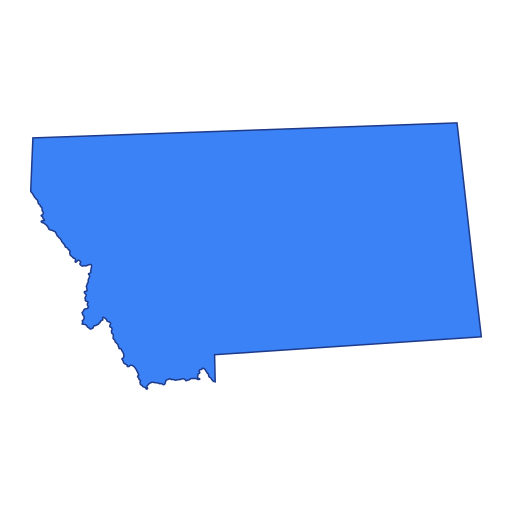 Montana, Albers equal-area conic projection
{"feature_id": "USA-3515", "entity_name": "Montana", "entity_type": "State", "adm_level": 1, "iso_a3": "USA", "parent_name": "United States of America", "parent_adm1": "", "projection": "albers", "projection_center": [-112.826, 46.685], "detail": "fine", "context": "isolated", "style": "filled", "palette": "blue", "viewbox_px": 512, "rotation_deg": 0, "n_neighbors": 0, "source": "natural_earth", "source_scale": "10m", "svg_char_len": 5844}
<svg xmlns="http://www.w3.org/2000/svg" viewBox="0 0 512 512"><path d="M32.9,137.9L457.0,122.9L458.2,133.1L474.2,276.2L480.9,333.1L481.3,336.8L214.6,354.7L215.2,381.8L213.5,381.4L212.9,380.9L211.7,379.5L211.1,378.4L210.5,377.8L210.1,377.5L209.5,377.2L209.0,376.7L208.7,376.0L208.6,374.6L208.5,374.2L208.3,374.0L207.6,373.6L207.4,373.4L207.1,372.7L205.5,370.3L205.1,369.4L204.7,369.1L203.3,368.3L202.8,368.2L202.5,368.2L202.3,368.4L201.9,369.1L201.7,369.4L200.1,369.7L199.6,370.0L199.2,370.4L199.1,371.0L199.7,372.1L199.7,372.4L199.7,373.0L199.3,373.4L198.3,373.8L198.1,374.0L198.0,374.3L198.0,374.8L197.7,375.7L197.6,376.3L197.6,376.9L197.8,377.5L197.9,377.8L198.2,378.2L199.3,378.6L199.5,378.7L199.7,378.9L199.7,379.2L199.4,379.4L198.4,379.5L198.0,379.5L196.1,378.6L195.7,378.5L191.5,378.5L190.9,378.6L189.0,379.9L187.5,380.2L186.4,380.7L186.1,380.7L185.8,380.6L185.6,380.4L185.0,379.5L184.7,379.3L183.7,378.9L182.1,378.8L181.4,379.0L181.0,379.3L180.6,379.5L179.8,379.6L179.2,379.5L175.6,380.2L175.2,380.2L174.3,379.8L173.2,379.5L171.1,379.5L170.8,379.4L170.3,378.9L169.7,378.7L169.4,378.7L169.1,378.8L168.6,379.3L166.7,379.9L166.1,380.4L165.8,380.9L165.5,382.1L164.9,383.9L164.7,384.2L164.3,384.4L163.7,384.7L163.0,384.6L162.0,383.8L161.2,383.6L159.4,383.7L158.8,383.2L158.6,383.1L153.9,382.5L152.6,382.2L151.8,382.2L150.9,382.8L149.8,383.1L149.6,383.2L147.4,385.5L147.1,385.9L146.9,386.5L146.9,386.8L147.0,387.0L147.6,388.2L147.6,388.5L147.4,388.8L146.8,389.1L146.5,389.1L146.2,388.9L145.2,387.5L144.9,387.3L143.2,386.8L142.9,386.6L141.9,385.3L140.6,384.6L140.4,384.3L140.3,383.5L140.0,382.7L139.9,382.5L140.1,381.9L140.5,381.0L140.5,380.7L140.4,380.4L140.1,380.2L139.2,379.6L139.0,379.3L139.0,378.7L138.8,378.2L137.8,377.0L137.7,376.8L137.6,376.5L137.6,376.3L137.8,376.0L138.5,375.3L138.6,375.1L138.7,374.8L138.5,374.2L137.8,372.8L137.4,371.8L136.8,370.9L136.4,369.6L135.5,368.6L134.9,367.5L134.2,366.8L133.3,366.0L132.3,365.5L131.4,365.2L130.7,365.2L130.2,365.4L129.0,366.5L127.9,366.6L127.5,366.5L127.3,366.3L127.1,365.1L126.3,364.5L124.5,363.6L124.1,363.3L123.7,362.8L123.5,362.3L123.0,360.8L122.5,359.8L122.1,359.5L121.9,359.0L122.0,358.7L123.1,358.0L123.4,357.6L123.5,357.4L123.6,357.1L123.9,355.4L123.7,354.2L122.9,352.2L121.7,350.4L121.6,350.2L121.3,349.2L121.1,348.8L120.8,348.7L119.5,348.7L119.2,348.6L119.0,348.4L118.9,347.4L118.9,347.2L118.3,346.3L118.1,345.1L117.8,344.4L117.2,343.8L116.6,343.3L115.9,342.4L115.2,341.8L115.1,341.5L114.9,340.4L114.5,339.8L113.6,339.1L113.2,338.6L113.1,338.4L113.1,337.8L113.2,336.8L113.3,334.8L113.2,334.5L112.9,334.1L111.8,333.2L111.7,332.8L111.6,332.2L111.4,331.7L111.5,331.0L111.8,330.2L112.0,329.6L111.9,328.3L111.8,327.9L111.4,327.5L110.2,327.0L109.9,326.7L109.8,326.4L109.9,325.4L110.1,324.8L110.6,323.8L110.6,323.5L110.4,322.9L110.1,322.5L109.5,322.1L107.6,321.4L107.1,321.1L106.9,320.8L106.8,320.2L106.6,319.7L105.7,318.8L104.4,317.8L103.1,317.3L102.8,317.5L102.6,317.9L102.6,318.5L102.8,319.4L102.8,319.6L102.8,319.9L102.5,320.1L101.3,320.5L100.9,320.8L100.1,322.4L99.0,323.2L98.7,324.0L96.8,324.9L95.7,325.6L94.8,325.6L94.2,325.7L94.0,325.9L93.7,326.3L93.1,327.7L93.0,328.0L91.3,328.9L90.9,329.0L90.1,328.9L89.7,328.8L89.4,328.5L89.1,328.0L87.4,326.9L87.2,326.6L87.0,326.0L86.9,325.7L85.6,324.7L83.5,324.2L82.2,324.1L82.1,323.9L82.1,323.7L82.5,323.0L82.7,322.5L82.7,322.1L82.3,321.3L82.3,321.0L82.3,320.7L83.3,319.9L83.8,319.3L84.0,319.0L84.1,318.5L84.1,318.2L84.0,317.3L84.2,316.8L84.1,316.5L83.9,316.1L82.7,314.7L82.5,313.7L82.2,313.2L82.1,312.8L82.1,312.5L82.9,311.8L83.4,310.8L84.3,309.3L84.9,308.9L86.5,308.8L87.0,308.6L88.1,307.6L88.3,307.3L88.4,307.0L88.3,306.6L87.5,305.3L87.4,304.8L87.3,304.5L87.4,303.8L87.9,302.8L88.0,302.5L88.0,302.1L87.8,301.8L85.7,300.9L85.4,300.6L85.3,300.2L85.4,299.6L85.4,299.2L85.1,298.7L85.0,298.3L85.0,297.9L85.2,297.3L86.1,296.0L86.2,295.7L86.2,295.1L86.0,294.5L84.5,292.9L84.4,292.6L84.3,292.3L84.4,291.8L84.7,291.5L84.9,291.4L86.4,291.2L86.7,291.1L87.0,290.6L87.0,290.0L86.8,288.2L86.6,287.3L86.3,286.7L86.3,286.4L86.4,286.1L86.9,285.2L87.1,284.3L87.2,283.7L88.2,282.3L88.2,281.7L88.2,281.0L88.2,280.3L88.3,279.7L88.5,279.1L89.4,277.2L89.6,276.5L89.6,276.2L89.5,275.6L89.2,275.0L88.7,274.4L88.5,274.0L88.6,273.7L88.8,273.6L90.0,273.1L90.5,272.8L90.8,272.4L90.9,272.1L90.6,271.1L90.7,270.6L91.1,269.8L91.1,269.5L91.0,268.6L91.1,268.3L91.4,267.5L91.5,266.9L91.6,265.9L91.5,265.2L91.3,264.8L91.1,264.6L90.8,264.5L90.2,264.5L87.7,265.1L86.9,265.6L86.1,265.9L85.6,265.9L84.7,265.6L83.6,266.0L82.5,266.1L81.5,265.7L80.7,265.1L80.0,264.4L79.9,263.9L79.9,263.6L80.0,263.3L80.6,262.7L80.6,262.4L80.6,262.0L80.0,261.1L79.1,260.4L78.6,260.2L78.0,260.3L77.2,261.0L76.3,262.0L75.8,262.2L75.4,262.1L75.2,261.9L75.2,261.6L75.2,261.3L75.4,260.0L75.5,259.7L75.5,259.3L75.3,258.9L74.9,258.5L73.8,258.2L73.2,257.9L72.0,256.5L70.9,255.7L70.3,255.2L70.0,254.4L69.8,253.2L69.7,252.3L70.0,251.1L69.9,250.8L69.7,250.5L68.5,249.7L67.1,247.7L66.8,247.6L65.6,247.1L65.1,246.7L64.8,245.2L61.7,241.4L61.2,240.1L60.2,238.6L59.8,238.2L58.8,237.5L57.9,236.3L57.1,235.7L57.0,235.4L56.8,234.6L56.2,233.7L55.9,232.9L55.5,232.3L55.3,231.9L55.0,231.7L51.7,230.2L49.9,229.8L49.3,229.6L48.9,229.1L48.2,227.6L47.7,226.7L46.2,224.9L43.6,223.0L42.1,222.5L41.6,222.2L41.3,221.9L41.2,221.6L41.3,221.3L41.4,221.1L41.7,220.9L43.8,220.7L44.2,220.4L44.4,220.2L44.5,220.0L44.4,219.6L43.1,218.8L42.9,217.6L42.7,217.0L42.3,216.7L41.4,216.0L41.2,215.7L41.2,215.4L41.4,215.3L42.5,214.6L42.9,214.2L43.0,214.0L43.4,213.2L43.3,212.7L43.1,212.1L42.1,210.5L42.0,210.1L42.1,208.7L42.0,208.0L41.8,207.5L41.6,207.3L40.5,206.5L40.3,206.2L40.2,205.4L40.0,204.9L38.7,204.0L38.5,203.7L38.3,203.4L37.7,200.8L37.4,200.0L37.1,199.7L36.3,199.2L35.2,197.8L34.5,197.2L34.1,196.3L33.3,195.0L32.9,194.2L31.9,192.8L31.1,192.0L30.8,191.5L30.7,191.1L32.9,137.9Z" fill="#3b82f6" stroke="#1e3a8a" stroke-width="1.5"/></svg>